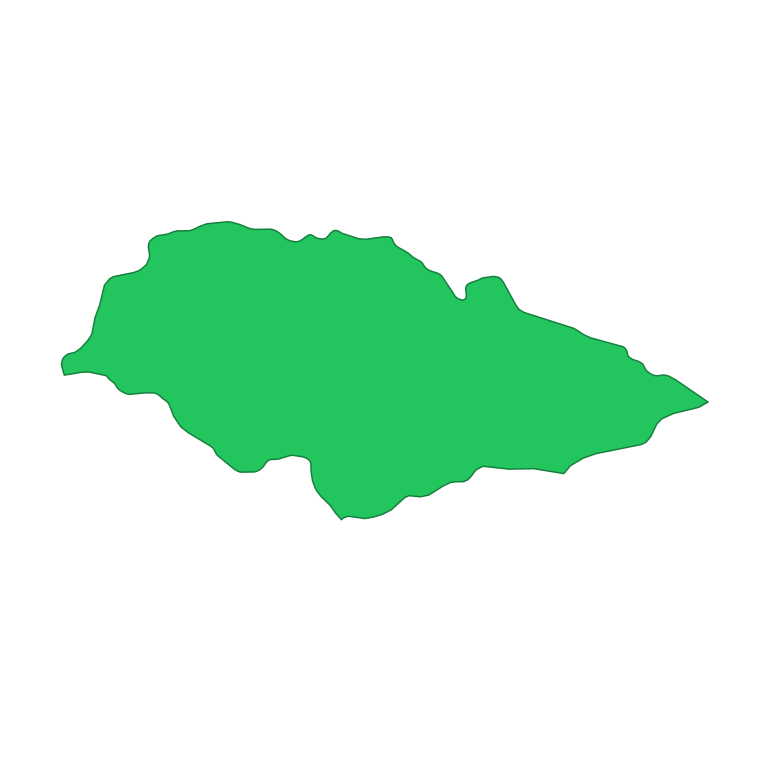 map outline of Treinta y Tres (orthographic projection), rotated 22°
{"feature_id": "URY-16", "entity_name": "Treinta y Tres", "entity_type": "Department", "adm_level": 1, "iso_a3": "URY", "parent_name": "Uruguay", "parent_adm1": "", "projection": "orthographic", "projection_center": [-54.31, -33.085], "detail": "fine", "context": "isolated", "style": "filled", "palette": "green", "viewbox_px": 768, "rotation_deg": 22, "n_neighbors": 0, "source": "natural_earth", "source_scale": "10m", "svg_char_len": 3114}
<svg xmlns="http://www.w3.org/2000/svg" viewBox="0 0 768 768"><g transform="rotate(22 384 384)"><path d="M691.2,279.4L684.5,287.7L663.4,302.9L654.5,312.3L651.9,319.0L651.0,332.9L648.8,339.7L645.3,343.7L607.0,368.9L596.3,378.2L587.4,390.0L584.4,399.6L584.2,399.7L554.6,406.4L531.8,416.1L506.9,423.1L505.2,424.7L501.8,428.7L500.3,433.0L499.4,437.2L497.7,441.2L494.4,444.7L486.9,447.9L482.6,450.4L477.0,456.5L467.1,470.2L459.9,475.0L449.2,478.1L445.9,481.3L437.9,497.9L431.6,505.2L424.3,511.2L416.7,515.9L400.3,520.0L396.6,523.4L395.3,525.7L387.6,521.9L379.4,516.6L368.1,512.0L361.5,508.2L358.8,505.8L354.0,500.5L349.3,492.6L346.2,485.6L345.2,484.1L343.8,483.0L342.0,482.2L339.1,481.8L335.6,482.0L326.5,484.2L324.0,485.3L314.0,493.3L312.3,494.1L308.8,495.7L307.1,496.6L305.7,497.9L304.7,499.5L304.0,501.4L303.1,505.6L301.5,509.2L300.4,510.7L299.2,512.1L297.8,513.4L296.3,514.3L283.9,519.5L281.1,519.6L277.5,519.2L256.3,512.6L254.6,511.6L250.5,508.0L248.7,507.2L246.7,506.6L221.3,502.6L212.0,500.0L201.2,492.8L192.6,483.6L190.8,482.3L188.4,481.3L184.4,480.4L179.6,478.6L177.3,478.2L174.2,478.4L166.2,481.5L152.3,488.8L149.9,489.4L146.8,489.6L141.3,488.8L138.6,487.7L136.5,486.3L135.1,485.1L133.4,484.2L127.2,482.4L124.3,480.8L123.3,480.4L121.7,480.6L105.5,483.5L99.4,486.3L84.3,495.5L78.0,487.6L77.3,485.1L76.8,481.3L77.3,479.0L78.2,477.0L79.2,475.4L80.5,474.0L85.1,470.9L87.1,468.3L89.4,464.5L92.8,455.5L93.9,450.8L94.4,447.1L91.2,430.3L90.8,417.4L87.8,397.1L90.2,389.3L92.8,385.9L110.2,374.4L113.0,372.0L115.2,369.5L116.2,368.0L119.1,362.1L119.1,355.4L118.6,352.8L114.0,344.9L113.3,341.8L113.5,339.0L114.6,336.8L116.2,334.1L118.1,331.8L119.8,330.5L126.7,326.4L128.6,324.8L131.1,322.3L134.7,319.6L145.4,315.1L147.0,314.2L149.7,311.8L154.6,306.4L159.9,301.7L178.3,292.1L182.2,291.1L191.1,290.1L201.2,290.2L206.2,289.1L220.7,283.0L223.5,282.5L227.7,282.6L232.0,283.6L237.7,285.9L240.3,286.3L243.3,286.4L248.1,285.5L250.6,284.4L252.4,282.9L254.6,279.9L256.8,276.1L258.4,274.0L260.1,273.1L262.1,273.0L264.4,273.6L267.2,273.9L271.7,273.1L274.0,271.9L275.7,270.4L276.5,268.5L278.1,263.7L279.9,260.7L281.9,259.6L284.2,259.3L288.6,260.0L306.2,258.8L312.7,256.7L328.2,247.9L332.9,246.0L336.0,245.7L337.5,246.8L340.1,249.3L341.6,250.4L343.3,251.3L345.4,251.9L357.3,253.5L363.7,255.7L372.5,256.8L374.3,257.6L377.3,259.7L378.9,260.7L381.0,261.3L383.2,261.6L385.6,261.7L392.2,261.2L394.3,261.3L396.2,261.9L397.9,262.7L414.9,274.4L416.3,275.6L418.4,276.6L420.9,277.2L425.2,276.9L427.0,275.5L427.8,273.5L427.4,271.6L426.6,269.8L424.8,266.6L424.0,264.9L423.6,263.0L423.9,261.1L424.8,259.5L425.9,258.1L432.7,252.1L434.8,249.6L436.4,248.3L445.1,243.3L448.7,242.4L451.5,242.3L453.5,243.1L456.7,245.0L476.5,261.3L479.8,263.4L481.5,264.3L484.1,264.8L487.2,265.2L539.5,261.3L550.7,263.4L558.2,263.8L592.0,259.9L593.5,260.3L595.0,261.1L596.4,262.2L597.6,263.5L599.7,266.5L601.9,267.5L605.0,268.1L611.0,267.7L614.4,268.0L616.8,268.8L620.9,272.4L622.9,273.5L625.4,274.3L629.5,274.9L632.2,274.7L634.7,273.9L639.9,270.8L643.0,270.2L645.6,270.0L653.4,271.0L691.0,279.3L691.2,279.4Z" fill="#22c55e" stroke="#15803d" stroke-width="1.5"/></g></svg>